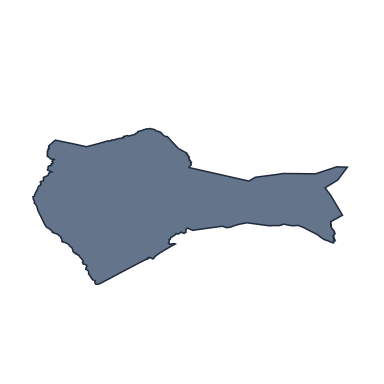 Hurdal nor, Akershus, Norway, rotated 169°
{"feature_id": "86288312B40852234595117", "entity_name": "Hurdal nor", "entity_type": "district", "adm_level": 2, "iso_a3": "NOR", "parent_name": "Norway", "parent_adm1": "Akershus", "projection": "equal_earth", "projection_center": [10.985, 60.427], "detail": "fine", "context": "isolated", "style": "filled", "palette": "slate", "viewbox_px": 384, "rotation_deg": 169, "n_neighbors": 0, "source": "geoboundaries", "source_scale": "gbopen_adm2", "svg_char_len": 5957}
<svg xmlns="http://www.w3.org/2000/svg" viewBox="0 0 384 384"><g transform="rotate(169 192 192)"><path d="M303.9,119.7L300.6,119.4L290.2,122.5L280.3,125.6L254.7,133.3L251.1,134.3L249.3,134.5L247.5,135.1L248.2,135.5L246.8,136.1L246.2,135.8L244.5,135.0L244.2,134.5L243.5,133.8L242.5,134.1L241.7,134.4L241.0,135.5L240.5,135.8L235.1,138.4L233.6,138.9L232.8,139.0L232.4,139.4L222.0,143.0L218.2,144.2L218.6,144.5L221.0,145.0L222.3,144.9L223.2,144.5L223.4,144.6L223.5,144.9L223.8,145.1L223.9,145.5L224.4,145.7L224.9,146.2L224.8,146.5L224.3,146.9L224.0,147.3L223.8,148.0L223.6,148.3L223.6,148.7L223.4,149.1L223.6,149.5L222.7,149.6L222.1,150.1L222.0,150.3L222.1,150.5L221.9,150.8L221.7,151.3L219.6,151.9L218.9,152.4L217.7,152.7L217.0,153.0L216.4,153.4L216.1,153.9L215.6,154.1L215.2,154.1L215.2,153.9L214.9,153.7L214.2,153.8L213.7,153.5L213.2,153.4L212.3,153.7L211.4,154.3L210.6,154.8L210.2,154.6L209.7,154.0L207.7,152.9L206.6,153.3L205.8,153.4L205.7,153.5L205.5,154.0L205.5,155.1L205.4,155.5L205.4,155.9L205.2,156.2L204.8,156.3L204.6,156.7L204.0,157.2L203.4,157.5L198.6,154.2L197.3,154.1L195.3,154.1L168.8,152.6L164.8,150.4L164.3,150.3L161.4,150.2L160.6,150.2L156.5,150.9L151.7,151.3L144.0,151.3L122.3,144.0L119.0,143.6L112.4,142.3L107.8,142.9L107.2,142.8L105.4,141.7L103.5,141.1L102.1,140.4L100.4,140.0L99.4,139.5L94.4,139.0L90.4,136.6L87.6,134.5L76.7,125.9L75.7,124.7L74.2,122.9L71.9,120.6L70.3,119.4L69.4,119.1L66.8,117.4L65.3,116.3L63.0,115.0L62.8,115.0L62.6,115.2L62.9,115.8L62.4,116.1L62.0,116.8L61.7,116.8L61.6,116.6L61.1,116.6L61.1,116.8L61.2,117.4L60.9,117.5L61.3,117.8L61.9,117.9L61.7,118.4L61.3,118.6L61.8,119.0L61.4,119.4L61.5,119.8L61.3,120.0L61.5,120.3L61.3,120.5L62.0,121.1L61.7,121.6L61.9,121.8L61.3,121.9L60.9,122.5L60.6,123.1L60.0,123.3L59.9,123.5L59.6,123.8L59.7,124.0L59.6,124.3L60.0,124.5L59.8,124.8L60.0,125.4L59.8,125.8L60.0,126.4L59.9,126.5L60.4,127.1L60.4,127.5L60.7,127.7L60.7,127.9L61.2,128.5L61.2,129.0L61.5,129.3L61.9,130.9L62.3,131.6L61.8,132.1L62.0,132.5L61.6,132.6L61.6,133.2L62.0,133.5L61.9,133.7L61.6,133.9L61.9,134.3L62.0,134.7L61.8,135.0L61.3,135.4L61.3,135.7L61.5,135.8L61.4,136.4L48.7,140.5L56.5,162.3L60.6,170.7L46.7,175.9L34.8,186.7L45.1,189.1L67.3,186.3L99.1,192.8L105.3,193.0L127.0,194.4L134.1,191.9L190.3,216.6L189.9,217.2L188.7,218.0L187.7,218.6L187.6,219.4L187.9,220.4L187.8,220.6L187.5,220.6L187.1,220.8L186.9,221.0L187.0,221.4L187.3,221.6L187.6,222.1L187.5,222.8L188.0,223.1L188.6,223.8L188.1,224.3L188.3,224.9L188.8,225.6L188.7,225.9L188.8,226.1L188.6,226.3L188.0,226.6L188.1,227.0L188.8,228.0L188.9,228.4L189.3,228.7L189.1,229.1L189.5,229.4L189.7,229.7L189.7,230.1L189.9,230.1L189.5,230.7L189.6,231.1L197.0,237.2L202.2,245.5L205.5,250.9L205.9,251.2L207.2,251.5L208.6,252.4L208.9,252.9L209.8,254.1L210.1,254.6L210.8,255.2L210.7,255.6L211.3,256.6L212.2,257.2L213.0,257.4L213.3,257.7L213.3,258.0L216.1,259.1L216.2,259.6L216.2,259.9L217.0,260.3L217.8,261.0L220.3,261.8L220.9,262.3L221.7,262.4L223.0,262.2L224.3,262.7L225.9,262.4L227.1,262.5L229.3,261.9L232.1,261.9L233.7,261.5L234.1,261.3L234.1,260.9L234.3,260.7L234.7,260.5L236.0,260.3L236.4,260.0L236.8,259.6L237.2,259.4L238.9,259.2L239.1,259.3L239.9,259.2L241.4,259.3L242.4,259.0L243.2,259.0L244.9,259.8L247.3,259.5L247.9,259.7L248.4,259.7L248.8,259.4L248.4,258.8L248.6,258.4L248.9,258.3L250.2,258.6L251.0,258.2L251.7,258.1L252.8,258.5L253.6,258.6L255.2,258.2L256.7,258.5L257.8,258.0L258.7,257.9L259.3,258.2L260.1,258.2L260.6,258.5L261.7,257.9L262.3,257.8L263.9,258.0L264.2,258.2L265.8,258.2L272.6,257.5L287.0,256.6L299.7,262.1L316.3,269.0L324.0,264.5L324.0,263.9L323.7,263.3L324.1,262.9L324.0,262.7L324.0,262.4L323.8,262.2L324.5,261.6L325.1,261.5L324.8,261.1L324.9,260.9L325.3,260.7L325.4,260.2L325.7,260.0L325.9,259.6L326.1,259.5L326.0,259.3L326.3,259.2L326.2,258.8L326.6,257.9L326.4,257.2L326.8,257.1L326.9,256.9L326.8,255.7L327.2,255.1L327.3,254.8L327.2,254.5L326.6,254.2L325.2,252.8L325.1,252.3L324.5,251.5L323.0,250.8L320.2,250.3L321.4,250.1L322.3,250.1L322.3,249.9L323.0,249.6L323.1,249.2L323.6,248.7L322.9,247.8L322.9,246.7L324.1,246.7L324.9,246.4L325.2,245.6L324.9,245.2L324.8,244.8L326.9,244.9L328.0,244.8L328.2,244.3L328.7,243.5L328.9,242.2L329.3,241.7L329.7,241.4L329.6,241.0L329.1,240.6L327.4,239.7L325.9,238.6L326.8,238.6L327.7,238.2L328.2,238.3L328.8,238.0L328.9,237.7L329.2,237.6L329.4,236.9L329.6,236.6L329.8,236.5L330.3,235.7L334.9,234.7L335.2,234.2L335.1,233.9L335.4,233.7L335.5,233.5L335.2,232.8L335.3,232.5L335.3,232.3L335.7,231.3L337.9,231.3L339.0,230.9L339.1,230.6L339.0,230.3L339.1,230.1L338.8,229.8L338.6,229.2L338.9,228.7L339.1,228.5L338.9,228.0L339.4,227.5L340.7,227.5L341.4,226.8L341.8,226.7L341.9,226.3L342.4,225.5L344.3,222.8L345.7,221.3L346.1,220.5L348.3,217.5L349.0,217.6L348.9,217.1L349.1,216.4L349.2,215.4L348.8,213.8L348.6,213.4L348.5,212.9L348.3,212.5L348.8,211.8L348.9,211.4L348.6,210.7L348.1,210.0L347.3,208.0L347.1,206.7L346.9,204.1L346.4,201.5L344.9,196.2L342.8,188.2L341.9,185.9L341.1,184.8L339.4,183.5L336.5,179.9L336.9,179.4L336.7,179.0L335.3,178.1L335.1,177.9L334.8,177.9L334.3,177.6L331.9,176.1L329.9,173.5L329.3,172.9L329.5,171.9L329.0,171.0L328.9,170.0L328.9,168.9L329.2,168.7L329.0,167.9L328.5,167.6L327.5,167.2L325.6,166.2L324.2,165.1L323.2,164.0L322.7,163.2L322.5,162.6L320.3,159.5L320.1,156.1L319.8,155.7L319.3,154.9L318.9,154.8L318.5,154.9L318.3,154.8L318.2,154.5L318.2,153.8L317.7,153.8L317.3,153.4L317.3,153.1L316.9,153.0L316.9,152.9L316.6,152.7L316.3,152.4L315.9,151.8L315.9,151.7L315.2,151.6L314.8,150.2L312.1,145.6L312.1,144.8L312.6,144.0L312.9,144.0L312.6,143.0L312.8,142.5L312.7,142.2L312.2,141.9L311.3,141.7L310.9,141.3L310.2,140.8L310.0,140.3L309.5,140.3L309.4,139.8L309.5,139.1L309.8,138.4L310.1,138.1L310.5,137.9L311.0,136.5L311.0,136.3L309.3,135.0L308.6,133.5L309.2,131.2L308.0,129.2L307.9,128.2L307.5,127.6L307.2,127.3L307.3,127.0L306.9,126.6L307.0,126.2L306.9,125.8L306.5,125.5L306.2,124.8L303.9,123.1L304.5,122.2L304.5,120.7L303.9,119.7Z" fill="#64748b" stroke="#1e293b" stroke-width="1.5"/></g></svg>